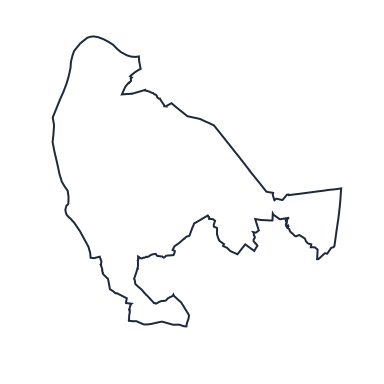 outline of Klintaines pag., Plavinu, Latvia, rotated 99°
{"feature_id": "27541924B20415877652953", "entity_name": "Klintaines pag.", "entity_type": "district", "adm_level": 2, "iso_a3": "LVA", "parent_name": "Latvia", "parent_adm1": "Plavinu", "projection": "mercator", "projection_center": [25.627, 56.641], "detail": "fine", "context": "isolated", "style": "outline", "palette": "slate", "viewbox_px": 384, "rotation_deg": 99, "n_neighbors": 0, "source": "geoboundaries", "source_scale": "gbopen_adm2", "svg_char_len": 5847}
<svg xmlns="http://www.w3.org/2000/svg" viewBox="0 0 384 384"><g transform="rotate(99 192 192)"><path d="M222.9,42.8L222.5,43.0L221.1,42.9L207.1,43.2L194.7,43.3L186.9,43.6L186.5,43.7L184.6,43.7L177.0,44.2L168.0,45.0L165.1,45.2L166.1,48.3L167.2,52.0L167.3,52.5L168.2,55.9L168.5,57.2L169.4,60.0L170.4,63.2L171.7,67.8L171.9,68.4L175.5,80.6L177.4,86.9L177.7,88.2L179.2,93.3L180.0,95.9L179.4,96.2L179.8,97.8L185.6,101.2L185.8,101.6L185.4,107.7L186.3,108.6L187.3,109.2L187.2,109.4L186.7,109.6L182.2,111.8L180.2,111.7L180.1,112.8L180.2,114.9L180.0,118.6L170.9,128.5L170.4,129.1L164.1,136.1L162.1,138.4L161.9,138.3L157.0,143.6L156.9,143.6L154.4,146.3L154.1,146.6L135.9,166.4L123.1,180.4L122.9,180.6L122.6,181.3L121.4,185.4L120.2,190.0L118.6,195.3L118.6,195.7L118.5,197.3L118.4,198.3L117.9,207.7L117.9,208.0L117.8,208.4L117.7,208.7L111.1,220.2L107.5,226.2L108.9,227.9L111.4,231.2L111.5,231.1L111.6,232.9L110.6,233.1L107.2,236.3L105.7,237.7L104.9,238.2L105.0,238.4L104.9,238.9L104.8,239.5L104.0,241.1L102.4,242.0L101.8,242.5L101.4,243.6L101.5,243.8L101.4,244.5L100.4,245.8L100.3,247.0L99.9,248.6L99.2,251.5L99.1,254.2L98.5,254.3L100.4,258.2L104.4,266.7L104.2,266.8L104.8,268.6L105.4,271.5L106.6,276.5L99.4,274.6L97.9,274.0L93.9,271.6L94.1,271.1L91.8,269.6L89.3,270.3L88.4,269.3L87.6,270.5L87.3,271.2L84.6,268.9L82.7,267.1L81.5,265.8L80.2,264.3L78.4,262.0L77.8,262.2L70.9,264.7L66.4,265.7L67.4,268.7L67.8,273.2L67.2,277.6L64.9,284.2L62.6,288.0L58.8,293.2L56.9,297.6L55.0,303.0L53.8,308.6L53.7,313.3L54.5,316.4L56.0,319.5L62.8,325.7L71.1,330.5L76.0,331.4L82.2,331.9L88.4,331.4L94.1,331.7L99.0,332.1L105.2,333.0L113.8,334.8L120.3,336.6L140.2,341.2L147.6,338.7L156.2,337.9L164.5,337.5L172.8,334.5L185.4,329.4L195.0,325.7L202.2,322.2L206.5,318.6L210.2,315.0L216.1,313.2L222.1,312.4L223.3,312.4L225.3,313.9L229.4,314.3L231.7,313.5L234.0,312.4L235.9,310.1L237.5,307.6L241.0,303.3L248.4,296.4L256.1,290.5L262.3,285.7L268.2,283.0L272.8,281.9L272.7,278.5L270.3,273.0L274.9,270.6L277.3,270.6L278.1,270.4L278.2,270.7L278.7,270.3L279.1,270.2L281.8,268.8L283.9,268.2L283.9,268.3L285.9,267.5L285.9,267.4L286.0,267.4L286.0,267.5L286.7,267.2L287.5,266.3L289.7,263.2L290.3,262.4L290.5,261.8L291.3,261.3L292.4,260.8L300.7,257.9L300.9,257.7L302.3,254.4L303.5,252.6L303.9,252.0L304.0,251.1L303.7,250.4L306.6,241.5L306.7,241.3L307.1,239.8L311.4,239.9L312.0,239.7L311.8,234.3L312.4,234.8L313.2,234.9L313.2,235.1L317.0,235.5L317.8,235.7L318.1,235.6L318.2,235.4L318.3,235.6L320.1,234.6L321.8,234.7L323.1,234.7L323.7,234.7L325.2,234.6L326.2,234.4L328.9,234.3L329.2,234.1L329.0,233.2L328.8,229.5L328.3,227.0L328.5,225.9L330.2,219.5L330.3,218.8L330.2,217.7L329.6,214.6L328.7,211.7L325.1,202.6L324.9,201.7L324.8,200.9L324.9,199.7L325.7,192.9L326.0,190.2L326.0,189.5L325.9,188.8L325.4,186.1L325.2,184.9L325.1,184.1L325.1,183.4L325.1,183.0L325.6,180.9L325.8,179.3L325.8,177.8L325.7,177.0L325.6,176.5L325.2,176.6L321.8,176.4L318.3,175.7L314.3,175.6L313.0,176.7L312.0,177.4L311.1,178.3L310.2,179.0L308.0,181.0L306.4,182.2L304.7,183.8L302.6,185.6L300.1,189.6L297.3,193.8L296.3,194.3L297.8,194.9L299.4,197.4L300.8,199.2L303.1,200.7L303.8,201.9L303.9,202.3L304.2,203.7L304.2,204.5L305.0,206.1L306.0,207.6L307.3,209.2L307.9,210.2L307.7,210.5L307.7,210.8L307.4,211.4L307.5,211.8L307.7,212.1L306.8,213.2L303.3,217.6L302.0,219.3L301.3,220.2L300.7,221.3L300.0,222.0L299.2,223.1L297.9,224.6L297.2,225.4L296.4,226.4L295.1,228.4L293.5,231.0L291.7,233.6L287.9,234.8L286.9,235.6L280.0,234.4L277.6,234.1L276.5,233.5L276.3,234.0L274.3,233.7L268.3,234.6L268.1,234.9L266.8,234.4L266.6,234.5L266.4,234.8L264.1,235.1L265.3,232.8L265.5,231.5L265.5,231.3L265.4,231.0L264.5,229.8L264.4,228.9L264.3,228.6L263.3,227.2L263.1,227.0L263.3,226.2L262.4,224.6L261.0,223.2L259.9,221.6L258.8,218.3L258.9,218.1L260.5,216.5L260.5,216.2L260.5,214.1L260.4,211.5L260.4,211.2L261.3,209.8L261.3,209.7L261.1,209.4L260.5,208.7L259.0,207.5L258.8,207.0L258.4,205.3L257.3,200.6L257.2,200.4L254.4,199.7L252.9,199.8L252.2,202.1L249.8,201.3L249.6,201.1L248.3,200.8L244.3,196.6L241.9,194.6L239.4,192.6L239.5,192.4L237.0,190.5L235.6,187.7L226.9,186.0L225.8,185.6L222.8,185.0L218.6,179.8L212.7,172.7L212.8,172.5L213.7,172.3L213.7,172.1L214.1,171.1L215.9,170.9L215.5,167.3L216.8,164.7L221.0,165.4L222.8,165.0L223.5,162.0L223.5,161.9L223.6,161.7L223.8,161.6L224.4,161.5L230.3,160.6L231.1,160.0L232.8,159.3L235.9,157.3L237.9,153.5L238.5,152.3L240.4,152.9L241.8,148.4L244.3,145.0L246.4,137.4L235.4,131.2L240.5,121.3L236.3,119.7L235.0,119.0L234.8,119.2L234.3,119.4L234.0,119.7L233.9,120.1L233.7,120.3L233.0,120.7L232.7,121.2L232.8,121.4L232.7,121.5L232.4,121.7L231.6,122.8L231.0,123.4L230.1,123.7L229.7,123.7L228.9,123.5L227.4,122.8L226.7,122.9L226.3,123.0L225.3,124.0L222.7,124.6L222.4,125.0L222.1,125.3L222.2,122.6L219.5,120.0L213.6,123.0L208.8,125.3L208.8,123.2L208.9,119.9L208.2,113.5L208.0,111.1L207.5,108.1L207.3,108.1L200.7,108.8L201.7,108.0L205.2,100.9L204.9,100.0L203.6,96.0L202.5,92.9L202.8,92.7L204.2,93.7L204.6,94.1L204.9,93.8L205.2,93.8L205.3,94.3L205.1,94.7L205.1,94.9L205.3,94.8L205.6,94.8L206.1,94.7L205.9,94.2L205.9,93.8L206.0,93.7L206.3,94.0L206.9,93.9L207.5,93.5L207.8,93.7L208.1,93.7L208.6,93.8L208.8,94.2L209.1,94.2L209.2,93.9L209.6,93.9L210.1,93.7L210.7,93.8L211.0,93.6L211.2,93.3L211.2,93.2L210.7,92.8L210.6,92.6L210.0,91.9L210.9,91.4L212.4,92.3L212.6,91.7L213.5,90.1L213.9,89.8L215.1,89.4L215.9,88.7L216.1,88.2L216.7,87.4L217.2,86.6L217.3,86.2L218.0,85.3L219.2,83.8L219.5,82.7L219.4,82.2L218.7,81.1L218.3,80.3L217.7,79.3L218.2,78.1L218.7,76.9L219.0,76.1L219.7,74.7L219.8,74.4L220.0,74.0L220.2,73.5L220.3,73.3L221.3,72.6L222.4,72.0L223.0,71.6L224.5,69.7L224.8,68.9L225.0,66.0L228.0,66.0L227.4,62.1L229.2,59.0L229.3,58.9L232.9,58.5L238.0,58.0L238.8,58.0L238.8,57.7L238.5,56.6L231.8,51.3L231.8,51.2L231.6,50.0L231.8,48.8L228.0,47.0L225.5,45.9L224.2,43.4L222.9,42.8Z" fill="none" stroke="#1e293b" stroke-width="2"/></g></svg>